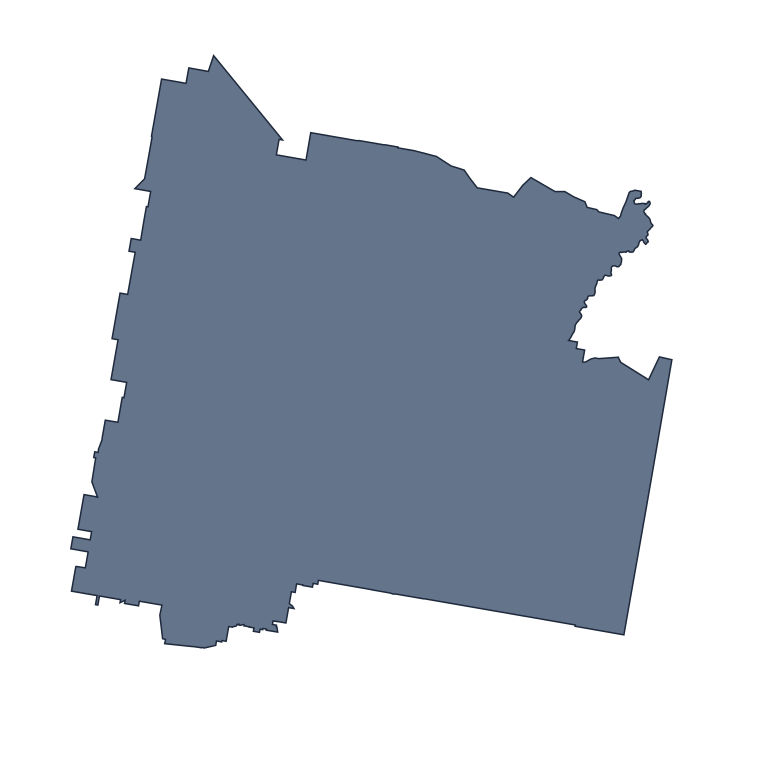 Gnowangerup, Western Australia, Australia (Equal Earth projection), rotated 280°
{"feature_id": "25037944B50241547651602", "entity_name": "Gnowangerup", "entity_type": "district", "adm_level": 2, "iso_a3": "AUS", "parent_name": "Australia", "parent_adm1": "Western Australia", "projection": "equal_earth", "projection_center": [118.388, -34.087], "detail": "fine", "context": "isolated", "style": "filled", "palette": "slate", "viewbox_px": 768, "rotation_deg": 280, "n_neighbors": 0, "source": "geoboundaries", "source_scale": "gbopen_adm2", "svg_char_len": 6087}
<svg xmlns="http://www.w3.org/2000/svg" viewBox="0 0 768 768"><g transform="rotate(280 384 384)"><path d="M618.4,603.7L618.4,597.1L617.5,596.2L616.4,593.1L615.1,592.2L605.1,590.6L598.9,588.9L592.4,587.8L590.7,587.9L587.7,586.1L589.9,581.6L590.8,565.7L592.7,563.3L593.2,553.4L598.4,550.2L601.3,538.2L604.9,528.7L603.2,519.0L612.8,492.8L603.9,486.2L590.5,479.2L593.5,472.8L593.4,441.7L601.9,432.4L608.6,425.8L610.4,412.1L617.2,396.1L619.0,373.3L619.0,356.7L619.8,356.7L619.8,343.9L619.5,342.4L619.4,316.9L618.9,315.8L618.9,310.5L618.8,268.2L591.0,268.3L591.0,238.2L606.7,238.2L606.7,241.7L677.8,159.2L661.3,156.7L661.4,136.9L645.7,136.8L645.7,112.0L587.4,112.0L586.9,112.7L568.3,112.7L544.5,112.6L533.1,104.7L533.1,120.8L517.5,120.8L517.5,119.2L503.2,119.2L483.4,119.4L483.4,109.8L470.5,109.8L470.5,110.5L470.5,116.1L427.7,116.0L427.7,108.3L381.4,108.3L381.4,114.4L340.9,114.4L340.9,130.3L325.4,130.3L325.4,128.5L300.1,128.6L300.0,115.8L282.1,115.8L280.1,116.0L270.1,114.1L267.0,114.4L267.0,110.9L261.2,110.9L261.2,112.9L236.9,113.3L222.9,121.5L223.0,119.8L223.0,107.8L187.8,107.8L187.8,121.7L179.5,121.7L179.5,104.2L167.3,104.2L167.3,121.7L167.2,121.8L152.4,121.8L151.1,121.7L150.9,112.5L150.6,112.2L125.7,112.2L125.8,138.2L116.6,138.2L116.6,140.6L125.8,140.6L125.9,162.0L122.8,162.0L123.0,162.3L123.3,162.4L123.5,163.0L126.0,166.6L122.8,166.6L122.9,180.8L127.6,180.8L127.7,203.7L118.3,203.4L117.4,203.4L116.6,203.6L94.7,210.2L94.5,213.2L90.2,213.1L90.2,213.5L92.2,241.8L92.5,242.7L92.3,243.4L92.5,246.6L92.5,250.2L93.1,250.9L92.7,252.6L97.4,263.7L101.8,263.6L101.8,269.0L103.2,269.0L103.2,273.2L118.2,273.2L118.2,277.1L118.8,277.5L119.8,280.3L121.9,281.2L121.4,282.1L122.3,282.9L121.4,283.6L121.6,285.1L122.4,286.2L122.5,287.4L122.8,287.8L121.9,288.7L121.5,288.4L121.5,293.6L121.2,293.5L121.2,298.3L117.8,298.3L117.8,304.5L121.0,304.5L121.0,307.2L122.2,307.2L122.2,310.7L121.1,310.7L121.2,322.4L126.2,320.7L126.2,320.0L127.8,320.0L127.9,315.9L131.4,315.9L131.4,318.8L131.5,318.7L131.6,319.1L131.6,328.9L147.2,328.9L147.2,334.3L149.3,332.6L151.3,328.9L163.3,328.9L163.3,332.7L172.0,332.6L172.0,339.1L171.5,339.1L171.5,348.8L175.3,348.9L175.3,353.5L179.2,353.5L179.3,403.9L179.3,404.3L179.3,408.3L179.2,408.3L179.2,426.3L178.7,429.8L179.2,431.6L179.3,460.3L179.5,461.3L179.7,534.4L179.9,614.3L178.6,614.2L178.6,663.8L188.3,663.8L307.9,663.8L457.9,663.3L458.5,650.5L434.1,643.8L446.4,613.4L450.6,610.3L451.1,610.2L446.3,591.2L446.3,588.8L446.3,587.3L444.5,583.3L440.4,578.4L440.2,575.7L452.3,575.7L452.3,567.2L458.9,567.2L458.9,558.2L460.9,559.3L461.1,559.3L461.6,559.6L464.0,560.4L464.3,560.4L464.9,560.7L465.3,560.7L466.1,561.1L466.8,561.4L467.0,561.4L467.6,561.8L467.8,561.8L468.2,561.9L468.3,562.0L468.6,562.0L469.1,562.2L469.6,562.3L469.9,562.3L470.8,562.3L471.6,562.3L471.9,562.4L472.4,562.4L472.8,562.2L473.0,562.2L473.5,562.1L474.0,562.2L475.1,562.1L475.6,562.3L476.9,562.8L477.2,562.9L477.5,563.1L478.2,563.3L478.3,563.4L478.5,563.4L478.6,563.5L478.9,563.8L479.1,563.9L479.2,564.1L479.3,564.2L480.0,564.6L480.5,564.8L480.8,564.8L481.9,565.6L482.4,566.1L483.2,566.4L483.3,566.4L483.6,566.6L485.2,566.9L486.3,566.5L486.5,566.4L486.7,566.1L487.2,565.7L487.6,565.3L487.9,565.0L488.1,564.7L488.5,564.5L488.6,564.2L489.0,563.9L489.5,564.0L489.8,564.1L490.5,564.6L491.0,565.0L491.3,565.1L491.7,565.2L491.9,565.1L492.2,565.3L492.6,565.4L492.8,565.7L493.1,565.9L493.4,566.2L493.8,566.6L494.1,567.1L494.0,567.3L494.2,567.6L494.3,568.1L494.2,568.3L494.3,568.6L494.3,568.9L494.4,569.2L494.5,569.3L494.5,569.6L494.7,569.9L495.0,570.1L495.5,570.1L496.3,569.8L496.5,569.5L497.2,568.8L497.3,568.7L497.9,568.0L498.4,567.7L498.7,567.4L499.6,567.0L500.0,566.9L500.7,567.2L500.8,567.5L501.1,567.7L501.5,568.3L502.1,568.7L502.2,569.0L502.5,569.1L503.0,569.5L503.9,569.7L504.0,569.5L504.5,569.3L505.4,569.7L505.9,570.1L506.2,570.3L506.4,570.6L506.5,571.1L506.6,571.6L506.7,572.4L507.1,573.9L507.4,574.6L507.3,574.8L508.0,575.5L508.5,575.7L510.1,575.9L510.8,576.0L511.5,575.9L512.9,575.6L513.3,575.4L513.5,575.5L514.4,575.2L515.2,575.2L515.6,575.3L516.2,575.3L516.9,575.5L518.1,575.6L518.8,575.9L520.0,576.2L521.2,576.1L522.4,576.2L523.4,576.6L523.8,577.4L523.6,577.6L523.7,578.4L524.3,580.6L525.5,581.3L527.8,581.9L528.6,582.2L529.2,582.6L529.6,583.3L529.6,584.0L529.3,585.3L529.3,586.1L529.5,587.4L530.1,588.7L530.7,589.2L531.9,588.8L532.3,588.4L533.2,588.0L534.4,588.2L535.8,588.2L536.8,587.8L537.8,587.7L538.7,587.9L539.6,588.3L539.9,588.7L540.3,589.6L540.4,591.6L539.9,593.0L540.2,594.5L540.6,595.1L541.4,595.3L542.1,596.0L543.3,596.6L543.9,596.4L545.6,596.6L547.5,596.5L548.9,596.2L551.7,593.8L552.7,593.0L553.4,592.8L554.3,593.0L554.8,593.8L554.6,594.3L555.0,595.3L555.2,596.1L555.5,596.7L555.9,598.3L555.7,599.0L556.0,599.7L556.7,600.0L557.3,600.9L557.5,601.9L556.8,602.2L556.6,602.8L556.8,605.1L557.2,606.2L558.7,607.0L560.3,607.4L561.4,608.0L561.8,608.4L563.0,609.7L564.4,610.3L566.1,610.6L566.6,610.5L567.3,610.6L568.5,610.9L569.6,611.4L570.0,611.9L570.7,612.9L570.9,613.5L569.5,614.8L568.6,615.3L567.0,617.3L567.3,617.8L568.9,618.5L569.3,619.2L570.0,619.5L570.4,619.2L571.3,618.9L572.3,617.9L572.8,617.2L573.4,616.7L574.8,616.7L576.3,618.0L577.3,618.0L578.2,617.6L579.2,617.0L579.9,616.9L580.5,617.4L581.5,618.1L582.2,618.6L583.1,619.2L584.3,619.8L585.2,620.5L586.2,621.2L586.9,621.3L588.1,619.8L588.9,619.0L589.8,618.4L590.5,618.2L590.9,618.0L591.8,617.6L592.6,617.1L593.4,616.4L594.0,615.6L594.8,614.4L595.6,613.1L596.5,611.8L596.9,612.0L597.7,610.8L598.7,610.0L599.6,609.9L600.6,610.2L601.3,610.7L601.7,611.3L603.0,612.0L604.9,613.7L606.6,614.5L607.9,614.8L608.9,614.4L609.7,614.0L610.0,613.2L609.4,612.4L608.8,612.6L608.2,612.2L607.2,611.0L606.5,610.3L606.4,609.8L607.0,609.6L606.7,606.9L606.5,606.0L606.1,605.4L605.8,604.3L605.8,603.2L605.3,602.8L605.0,602.2L605.0,601.2L605.0,600.0L605.3,599.2L606.7,598.9L607.2,598.5L608.0,598.1L608.7,598.9L609.5,599.5L610.0,599.4L610.8,600.1L610.8,601.3L611.1,602.3L611.4,602.7L611.4,602.9L612.0,603.9L612.4,604.0L613.0,604.6L614.3,604.6L615.6,604.3L616.3,604.4L617.5,604.0L618.4,603.7Z" fill="#64748b" stroke="#1e293b" stroke-width="1.5"/></g></svg>